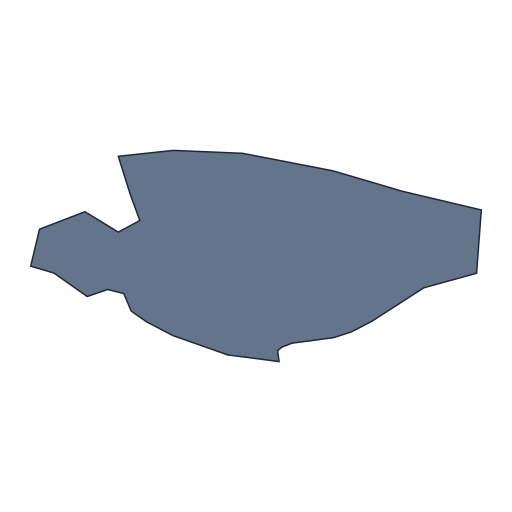 Baldones, Equal Earth projection
{"feature_id": "LVA-5757", "entity_name": "Baldones", "entity_type": "Municipality", "adm_level": 1, "iso_a3": "LVA", "parent_name": "Latvia", "parent_adm1": "", "projection": "equal_earth", "projection_center": [24.338, 56.724], "detail": "fine", "context": "isolated", "style": "filled", "palette": "slate", "viewbox_px": 512, "rotation_deg": 0, "n_neighbors": 0, "source": "natural_earth", "source_scale": "10m", "svg_char_len": 499}
<svg xmlns="http://www.w3.org/2000/svg" viewBox="0 0 512 512"><path d="M481.3,210.0L476.6,273.2L423.8,287.8L371.8,321.3L351.1,332.0L333.8,337.6L291.9,343.2L281.8,347.2L277.6,350.6L279.1,361.6L254.1,358.3L228.0,355.0L172.9,335.6L146.3,321.7L131.2,311.1L123.8,293.6L107.6,289.5L87.2,296.5L53.8,273.0L30.7,266.2L39.5,229.2L84.9,211.7L118.3,232.1L139.8,220.5L130.2,194.2L118.3,156.3L173.2,150.4L242.5,153.3L333.2,170.9L402.4,191.3L481.3,210.0Z" fill="#64748b" stroke="#1e293b" stroke-width="1.5"/></svg>